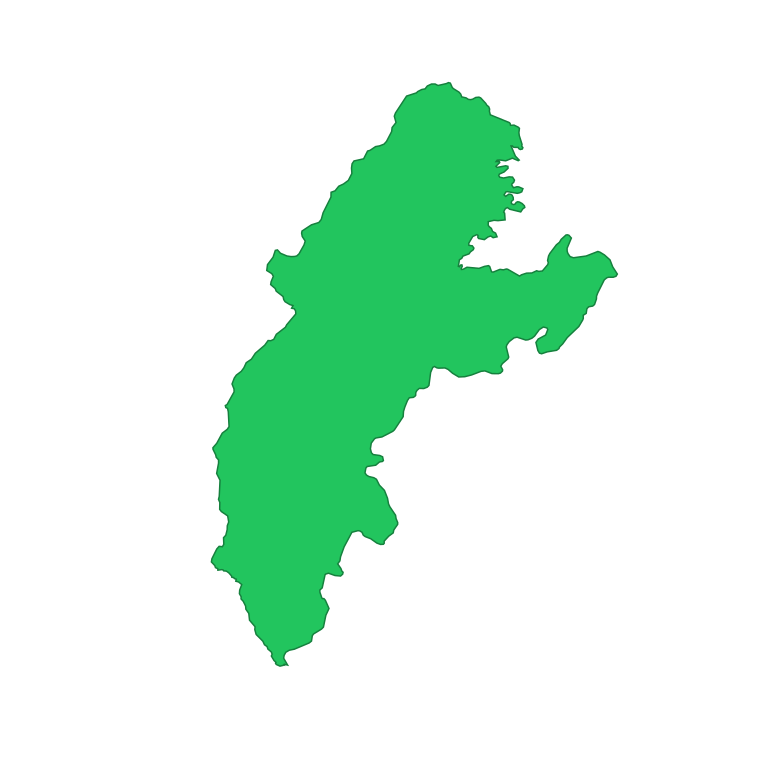 Qanya, Qacha's Nek, Lesotho, rotated 117°
{"feature_id": "5366337B93749016515077", "entity_name": "Qanya", "entity_type": "district", "adm_level": 2, "iso_a3": "LSO", "parent_name": "Lesotho", "parent_adm1": "Qacha's Nek", "projection": "mercator", "projection_center": [28.412, -30.083], "detail": "fine", "context": "isolated", "style": "filled", "palette": "green", "viewbox_px": 768, "rotation_deg": 117, "n_neighbors": 0, "source": "geoboundaries", "source_scale": "gbopen_adm2", "svg_char_len": 6139}
<svg xmlns="http://www.w3.org/2000/svg" viewBox="0 0 768 768"><g transform="rotate(117 384 384)"><path d="M312.9,539.8L314.3,541.5L321.4,540.4L330.5,542.0L336.1,540.0L336.6,534.1L338.2,531.5L344.2,531.0L346.9,530.1L348.3,524.3L350.2,522.2L351.9,513.6L354.3,511.7L355.6,509.5L356.0,504.0L355.4,500.7L358.4,500.7L357.7,498.1L359.0,496.0L361.6,494.4L375.4,497.6L378.2,497.6L388.6,502.5L394.3,502.5L396.8,504.5L397.9,507.0L403.6,507.9L415.0,512.6L422.1,513.4L427.5,516.4L433.2,516.2L437.5,516.9L443.1,519.6L446.6,520.1L453.0,519.4L456.5,515.4L459.1,514.0L473.6,514.5L475.2,515.6L476.8,514.3L476.8,512.3L479.5,510.1L492.3,502.7L495.6,503.1L501.2,505.8L512.8,506.1L518.4,507.5L519.8,506.7L523.5,501.8L525.5,500.2L526.7,497.0L529.6,495.5L539.7,492.5L544.2,486.4L558.9,479.8L561.9,479.1L564.1,476.5L570.3,473.5L571.5,471.0L572.5,463.4L577.5,459.7L581.4,459.3L585.0,457.6L590.6,456.3L593.8,457.2L599.5,454.0L602.3,454.1L603.5,457.2L606.9,458.1L617.8,458.0L620.9,457.0L622.6,452.3L624.1,450.8L624.0,448.3L625.3,447.5L623.0,444.2L622.7,443.1L623.3,442.1L622.3,439.5L622.7,436.6L624.2,432.8L625.3,431.8L624.7,430.0L625.3,429.1L625.0,427.0L627.0,426.5L626.4,423.7L627.3,419.7L633.2,419.0L636.5,417.6L638.4,414.7L640.4,413.8L641.5,410.8L644.7,406.5L647.4,404.8L649.8,400.3L655.5,396.6L658.8,388.7L661.5,387.6L665.2,384.2L668.2,375.1L670.6,372.1L671.0,369.0L672.9,367.1L673.9,362.8L675.5,361.0L677.5,360.9L680.3,356.5L681.0,353.9L682.0,353.9L682.8,352.7L682.6,348.6L680.4,346.0L679.6,345.9L679.6,345.0L678.9,345.3L678.2,342.3L673.9,348.9L671.2,349.8L667.6,349.7L664.2,347.5L661.0,343.5L648.7,333.1L646.0,331.9L640.8,333.6L638.7,333.3L630.7,328.4L628.1,327.6L616.5,330.8L609.0,331.1L603.3,338.1L602.5,340.1L603.1,341.4L602.8,342.3L598.5,346.7L596.7,347.6L593.7,346.5L580.8,349.9L579.9,349.7L577.8,347.6L576.9,340.7L574.8,335.5L572.2,334.5L570.3,335.0L569.9,336.5L567.9,338.7L565.3,343.6L561.6,343.0L557.6,344.3L547.2,345.6L530.7,345.3L526.5,340.6L525.9,338.9L526.1,336.3L528.1,333.8L528.5,331.5L527.9,325.6L529.0,318.1L528.5,314.2L527.1,311.8L525.9,311.5L523.9,312.5L517.4,310.7L512.5,308.2L509.6,309.0L502.9,308.1L501.2,308.9L498.5,312.1L495.7,314.1L490.7,323.1L488.8,325.5L484.2,329.0L478.6,335.3L476.2,342.2L472.3,347.5L472.1,350.5L473.3,355.5L473.1,358.3L471.8,360.6L467.1,362.0L465.1,361.5L460.1,354.5L455.5,352.6L453.7,350.2L452.5,349.8L449.5,352.2L449.6,355.3L451.8,361.6L451.0,364.0L447.9,366.7L442.5,368.5L437.1,367.6L435.6,366.5L432.1,361.8L422.2,354.7L420.1,353.9L404.4,352.1L399.5,354.2L394.9,355.0L388.0,355.6L384.8,355.2L382.6,351.8L381.0,350.9L379.8,350.6L377.2,351.8L374.7,351.7L371.9,350.6L370.0,346.5L367.2,344.0L364.9,343.3L352.5,347.7L347.1,348.1L345.5,347.0L345.6,344.2L345.1,342.6L342.0,336.9L341.9,333.5L343.3,327.8L343.8,320.6L340.8,315.3L336.2,310.1L328.6,303.2L326.5,300.0L325.7,292.5L322.9,286.8L321.4,285.2L318.8,284.3L317.5,284.7L315.1,288.0L312.2,287.8L305.2,285.0L303.4,285.1L295.5,291.9L293.3,292.3L289.4,291.7L283.9,289.1L281.9,286.7L280.5,277.7L279.2,275.7L276.1,273.0L273.0,271.6L265.0,270.3L260.9,267.9L260.1,264.3L261.1,262.8L267.0,262.2L273.9,267.0L278.0,267.5L284.3,262.1L285.9,259.5L285.5,257.3L281.3,253.2L275.6,245.5L273.0,244.2L271.3,244.4L267.1,243.0L259.4,241.8L244.3,236.5L236.8,236.0L235.1,236.2L232.3,237.7L229.3,235.9L224.8,237.4L222.3,236.7L219.8,233.4L217.6,232.5L211.8,233.3L209.3,234.5L205.8,234.9L191.2,235.0L188.2,233.7L186.9,232.4L184.8,228.2L182.7,226.2L180.1,226.0L175.8,233.4L170.8,239.0L168.9,246.2L168.5,251.4L168.8,253.6L178.2,262.0L185.5,272.5L186.0,276.0L184.2,279.4L182.5,281.1L179.9,282.5L168.9,283.3L167.5,286.8L167.8,288.3L168.6,289.5L174.7,291.8L178.1,292.0L181.7,293.6L192.4,295.5L195.2,295.5L199.7,294.3L201.3,292.7L203.3,292.3L211.4,294.2L213.4,297.2L213.8,299.4L218.0,302.7L220.5,307.3L224.3,311.1L226.3,312.2L225.6,325.9L226.0,327.2L228.1,329.5L229.2,332.7L234.8,337.6L235.2,339.1L231.3,343.2L231.1,344.6L233.6,347.9L237.8,351.8L242.3,363.1L245.9,365.6L246.8,367.0L245.9,367.7L243.6,367.7L242.5,368.7L243.3,369.8L245.3,370.1L245.4,371.2L239.0,373.2L236.8,371.8L234.2,371.7L229.4,367.3L227.1,367.0L223.8,365.4L222.1,365.6L220.8,368.0L221.9,371.3L220.1,372.4L212.3,371.9L208.8,369.1L208.9,367.7L210.7,367.0L211.4,365.8L209.8,360.1L205.8,358.1L203.7,356.1L204.1,353.2L201.5,350.1L198.9,353.1L198.8,356.5L196.6,359.0L196.0,361.9L195.1,363.3L192.0,364.8L188.2,360.3L186.7,356.6L182.8,350.6L177.0,354.1L176.6,355.4L173.5,355.6L171.8,355.0L170.8,354.1L171.2,351.2L168.6,340.3L164.9,339.8L162.8,338.7L161.5,339.8L160.5,342.8L160.4,345.9L160.9,347.6L162.1,348.6L164.4,349.0L165.3,350.0L165.5,351.6L165.0,352.8L163.1,353.3L161.1,352.4L159.1,353.6L157.6,355.6L157.4,357.1L158.1,358.9L161.6,360.8L161.0,362.9L157.6,362.6L156.6,361.5L153.6,351.8L151.9,349.8L150.2,348.5L146.9,348.9L147.2,353.4L147.9,355.1L150.3,357.7L148.8,360.5L147.5,360.8L145.4,360.0L143.1,360.3L141.3,363.4L142.6,366.5L146.2,371.0L147.2,374.8L146.2,376.4L144.6,376.5L140.5,373.2L135.5,371.4L133.8,372.4L134.3,374.6L139.7,381.6L139.2,383.1L134.2,381.4L133.4,382.2L134.9,385.1L133.2,384.8L131.9,382.7L129.9,376.9L124.5,372.1L124.1,365.8L123.1,365.2L121.3,370.4L114.2,378.9L113.6,377.8L114.2,375.8L112.3,371.9L113.1,370.8L113.2,369.0L111.8,367.4L110.3,367.6L109.6,369.2L107.8,369.8L101.3,376.2L98.8,377.9L94.7,379.4L94.2,381.1L94.3,385.7L96.1,388.7L94.6,389.9L94.2,391.0L95.9,411.5L93.0,414.0L91.1,414.7L89.4,416.6L88.9,419.0L87.8,420.7L85.2,427.7L85.3,429.6L87.0,432.3L90.1,434.4L91.4,436.1L92.1,438.1L91.8,440.8L92.9,445.1L90.9,447.2L89.9,449.6L89.3,456.3L88.8,457.8L85.8,461.5L86.2,463.4L88.0,464.8L93.5,471.4L93.5,474.7L95.2,477.9L98.8,480.7L102.4,481.4L104.5,484.1L108.1,486.7L109.9,487.3L117.2,494.6L137.3,496.8L140.7,496.4L145.6,492.0L151.8,493.2L155.6,491.8L166.7,491.9L170.3,492.9L173.8,496.0L176.3,499.3L182.1,502.5L183.9,504.4L192.6,504.4L198.9,512.0L202.3,512.4L206.3,511.0L211.0,508.2L218.8,508.2L224.2,510.9L228.3,514.1L234.1,515.3L237.2,518.2L241.6,516.1L259.0,516.0L265.9,514.6L269.7,515.4L275.1,520.9L284.9,526.5L287.0,525.9L289.7,523.8L292.4,519.1L296.4,518.4L306.6,518.8L309.6,519.9L311.1,521.8L312.7,524.7L314.0,528.6L314.5,535.6L312.9,539.8Z" fill="#22c55e" stroke="#15803d" stroke-width="1.5"/></g></svg>